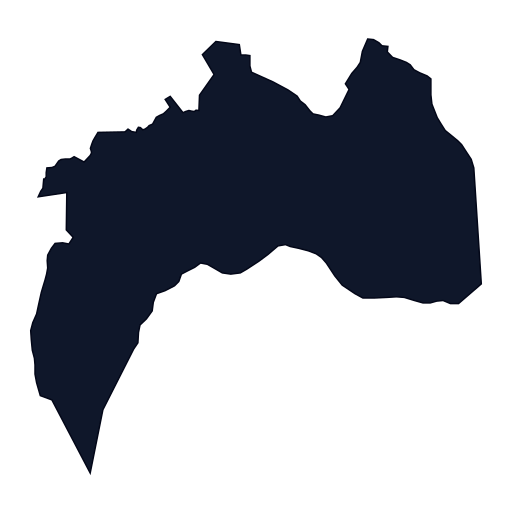 Johor Bahru, Johor, Malaysia (Natural Earth projection)
{"feature_id": "92858781B42177808662163", "entity_name": "Johor Bahru", "entity_type": "district", "adm_level": 2, "iso_a3": "MYS", "parent_name": "Malaysia", "parent_adm1": "Johor", "projection": "natural_earth1", "projection_center": [103.741, 1.468], "detail": "fine", "context": "isolated", "style": "filled", "palette": "ink", "viewbox_px": 512, "rotation_deg": 0, "n_neighbors": 0, "source": "geoboundaries", "source_scale": "gbopen_adm2", "svg_char_len": 2213}
<svg xmlns="http://www.w3.org/2000/svg" viewBox="0 0 512 512"><path d="M43.7,179.1L42.9,188.2L40.8,191.2L38.2,196.8L66.8,192.5L66.3,229.9L73.2,237.3L68.9,244.0L62.6,242.8L55.1,243.4L51.4,248.3L47.7,255.1L47.2,260.6L47.7,268.0L46.6,274.1L45.0,280.2L43.5,285.1L41.3,292.5L38.7,304.2L36.6,314.0L32.8,322.6L30.7,330.6L31.3,339.8L32.3,350.2L34.4,358.2L35.0,364.9L35.0,374.1L36.6,382.7L40.3,395.6L51.9,399.9L90.2,473.0L102.9,409.7L133.7,349.0L137.9,342.8L138.5,332.4L140.0,325.0L146.4,318.9L152.2,310.9L153.3,302.3L156.5,293.7L165.0,290.7L174.5,285.8L178.8,281.5L181.4,274.1L187.3,271.0L194.7,267.3L200.5,263.0L207.4,264.3L214.9,268.6L222.3,272.9L230.8,274.1L240.3,272.9L246.7,269.2L258.9,261.2L267.9,254.5L278.0,245.9L285.5,244.6L290.2,246.5L298.7,248.3L308.3,250.8L316.2,253.8L321.5,257.5L326.3,263.0L334.8,275.9L342.2,285.1L355.0,293.7L362.9,298.0L374.1,298.0L386.8,297.4L396.4,296.8L404.3,297.4L414.4,300.5L422.9,302.9L430.3,302.9L436.7,301.1L443.1,300.5L450.5,303.6L458.5,303.6L481.3,283.9L473.8,167.9L471.2,159.3L466.4,152.0L461.6,144.6L457.9,140.9L450.5,134.8L445.2,130.5L440.9,123.7L437.2,117.6L431.9,104.1L430.9,94.9L430.9,87.5L430.9,78.9L427.1,75.9L419.7,72.8L413.9,69.7L410.2,64.8L406.4,62.4L400.1,59.9L392.6,57.4L387.3,51.9L387.9,46.4L382.0,45.8L378.9,42.7L373.5,39.6L367.7,39.0L362.4,51.3L360.3,62.4L357.1,67.3L351.8,73.4L345.4,83.8L349.1,89.4L340.1,107.8L332.7,115.7L325.8,117.0L318.9,115.1L313.0,113.9L309.9,110.8L305.1,104.7L300.3,101.0L297.1,96.1L288.1,90.0L273.2,82.0L251.5,72.2L249.9,66.0L249.9,59.9L249.9,55.6L245.7,55.0L240.9,55.0L239.3,44.6L215.9,41.5L202.4,54.6L214.1,74.5L199.5,95.2L198.9,110.5L196.0,110.2L194.3,111.5L191.9,111.2L188.9,110.5L185.6,111.5L183.0,112.7L170.2,96.4L165.2,99.4L170.2,107.2L166.3,111.2L163.4,113.8L159.5,115.5L156.3,117.3L152.6,124.1L149.1,125.6L147.6,127.3L145.0,129.1L142.8,129.8L140.4,127.6L138.4,127.3L136.7,130.1L136.3,132.4L131.7,131.6L128.0,129.1L125.0,131.9L98.0,132.4L94.7,137.9L93.0,140.9L91.7,144.4L90.4,148.4L91.3,151.2L91.5,153.0L90.2,155.5L84.1,162.0L74.1,156.7L71.7,158.2L70.0,159.0L65.4,159.0L61.1,159.5L58.7,161.0L55.0,166.3L52.0,167.5L46.9,167.9L46.2,172.6L46.2,176.9L44.5,179.3L43.7,179.1Z" fill="#0f172a" stroke="#020617" stroke-width="1.5"/></svg>